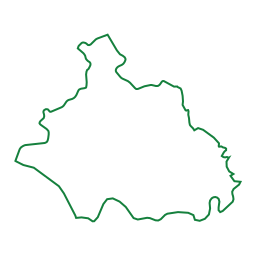 SVG path tracing the border of Viterbo
{"feature_id": "ITA-5423", "entity_name": "Viterbo", "entity_type": "Province", "adm_level": 1, "iso_a3": "ITA", "parent_name": "Italy", "parent_adm1": "", "projection": "natural_earth1", "projection_center": [11.993, 42.499], "detail": "fine", "context": "isolated", "style": "outline", "palette": "green", "viewbox_px": 256, "rotation_deg": 0, "n_neighbors": 0, "source": "natural_earth", "source_scale": "10m", "svg_char_len": 2740}
<svg xmlns="http://www.w3.org/2000/svg" viewBox="0 0 256 256"><path d="M76.1,217.9L75.3,215.5L63.9,193.4L58.9,186.2L33.8,167.7L23.3,165.0L15.4,161.0L15.4,160.9L19.7,149.2L20.3,148.3L21.1,147.3L22.9,146.1L24.1,145.5L25.2,145.1L44.6,143.0L45.5,142.7L46.4,142.2L47.1,141.6L47.7,140.3L48.2,138.3L48.7,134.4L48.7,132.4L48.4,131.0L47.8,130.3L46.6,129.0L40.6,124.7L40.0,124.1L39.5,123.3L39.7,122.2L40.5,121.0L43.7,118.1L44.2,116.3L44.1,115.0L43.9,113.9L43.6,113.0L43.4,112.0L43.6,111.0L44.2,110.1L45.8,109.2L47.0,109.2L48.0,109.5L49.6,111.4L50.2,111.8L51.1,111.7L61.7,107.2L62.5,106.7L63.2,106.1L63.8,105.5L66.5,101.5L67.5,100.6L68.5,100.0L72.3,98.9L73.9,98.0L75.2,96.8L75.8,95.9L76.5,94.8L78.2,90.9L78.6,90.2L79.1,89.6L79.6,89.3L80.3,89.0L81.1,88.7L84.4,88.2L85.3,87.9L86.1,87.5L86.5,85.4L86.7,82.2L86.1,74.5L86.5,71.6L87.2,69.9L88.0,69.4L88.6,68.8L89.5,67.1L90.3,65.4L90.5,64.4L90.4,63.3L89.7,62.2L87.9,61.0L86.8,59.9L85.9,58.7L85.1,55.6L84.2,54.2L83.4,53.2L77.8,48.4L78.5,46.3L78.9,45.7L81.5,43.1L82.4,42.6L83.6,42.5L85.5,43.0L86.5,43.7L88.0,45.0L89.1,45.1L90.6,44.5L95.8,39.4L97.4,38.5L107.6,34.7L116.9,50.4L120.0,54.3L122.7,55.7L124.7,57.3L125.4,58.6L125.5,59.7L125.2,60.6L124.8,61.5L124.4,62.3L123.9,63.0L123.3,63.8L121.8,64.9L119.3,66.0L117.8,66.9L117.0,67.7L116.3,68.6L115.8,70.1L115.9,71.2L116.3,72.1L120.2,76.8L121.3,77.9L122.4,78.6L127.9,81.1L130.0,82.7L135.1,88.2L136.2,89.0L137.2,89.0L138.0,88.9L144.4,86.3L150.6,85.0L151.7,85.0L155.9,86.0L157.0,86.0L158.0,85.9L158.8,85.4L159.5,84.9L160.1,84.2L161.7,81.9L162.3,81.3L163.0,81.0L163.9,81.1L174.0,86.6L177.2,86.5L177.6,87.0L180.6,88.5L181.6,90.7L182.6,95.8L183.0,101.4L182.6,104.9L185.5,110.2L186.2,110.6L187.2,110.2L188.1,110.1L188.5,111.2L188.3,114.8L189.0,118.1L189.4,122.6L189.9,124.9L190.7,126.0L193.1,128.4L194.3,130.3L198.1,128.1L203.1,129.8L213.8,137.6L218.9,143.2L219.0,143.8L218.7,146.0L218.9,146.6L219.5,146.7L221.2,146.4L221.7,146.6L222.7,147.3L225.1,147.9L226.1,148.6L226.1,150.2L224.8,151.2L223.8,152.4L221.8,156.0L223.4,157.1L225.1,157.4L227.0,157.0L228.7,157.7L228.9,157.6L226.5,161.6L226.7,166.7L229.2,171.4L233.4,174.0L230.5,175.8L234.4,181.2L240.5,181.8L239.1,184.6L233.6,189.0L232.2,191.7L232.4,194.1L233.1,196.4L233.5,199.2L232.7,201.7L222.7,211.0L220.2,212.1L218.6,210.2L218.6,207.4L219.4,201.7L218.7,199.0L217.2,197.6L215.3,197.0L213.4,197.3L211.7,198.3L210.1,200.5L209.6,203.0L210.1,208.5L208.9,214.5L204.9,218.8L199.7,220.8L194.9,219.8L193.4,215.1L188.2,212.8L178.0,212.1L167.4,213.7L165.1,214.9L160.8,219.2L158.2,220.5L155.5,220.3L149.9,218.1L147.1,217.8L137.8,219.5L133.6,218.1L125.8,207.0L119.6,201.6L112.8,198.4L107.1,199.2L103.4,204.0L97.8,217.2L94.2,221.2L92.6,221.3L88.2,218.3L81.5,217.4L76.1,217.9Z" fill="none" stroke="#15803d" stroke-width="2"/></svg>